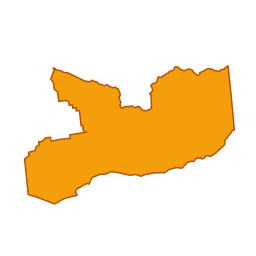 Curry, Oregon, United States of America, rotated 264°
{"feature_id": "52423323B63196257632244", "entity_name": "Curry", "entity_type": "district", "adm_level": 2, "iso_a3": "USA", "parent_name": "United States of America", "parent_adm1": "Oregon", "projection": "orthographic", "projection_center": [-123.977, 42.475], "detail": "fine", "context": "isolated", "style": "filled", "palette": "amber", "viewbox_px": 256, "rotation_deg": 264, "n_neighbors": 0, "source": "geoboundaries", "source_scale": "gbopen_adm2", "svg_char_len": 5614}
<svg xmlns="http://www.w3.org/2000/svg" viewBox="0 0 256 256"><g transform="rotate(264 128 128)"><path d="M72.2,21.9L71.9,22.5L68.8,30.0L60.2,46.9L61.5,50.9L62.8,52.8L64.7,58.2L65.9,66.2L66.2,69.9L66.4,70.3L66.9,70.4L68.7,69.6L68.8,69.0L69.9,68.9L72.8,70.9L76.9,80.4L77.0,81.5L76.4,83.1L76.5,83.5L82.0,86.7L82.6,87.5L84.5,94.3L84.8,96.3L84.5,100.8L86.3,105.9L86.1,107.7L84.7,113.6L81.0,124.2L80.8,127.0L80.9,131.0L78.7,135.6L78.8,136.8L79.9,140.0L80.4,145.5L80.5,149.5L80.2,155.2L79.9,158.9L79.6,159.6L82.6,165.0L83.5,171.5L82.9,175.4L82.4,176.8L82.5,177.6L86.9,182.8L87.9,184.6L88.2,186.8L88.1,189.6L88.3,190.3L88.6,190.9L89.5,191.4L90.6,193.0L90.7,197.1L90.2,197.9L89.6,198.0L89.7,199.3L90.5,201.2L91.4,201.6L92.1,203.2L92.1,204.3L91.2,206.9L91.3,207.6L93.8,212.5L98.1,218.0L100.5,221.6L102.5,222.9L105.3,223.0L114.5,231.8L115.0,233.5L129.0,233.8L133.1,233.8L133.3,233.8L135.3,233.8L135.5,233.8L149.5,234.0L177.0,234.0L179.0,234.1L179.3,233.6L179.1,233.2L178.3,232.7L178.0,231.8L178.1,231.4L177.9,230.9L177.5,230.6L176.5,229.9L176.2,228.8L176.5,228.4L176.1,226.4L175.0,224.7L175.0,222.5L175.9,221.5L175.9,220.2L176.4,219.5L176.9,219.0L177.3,218.2L177.8,217.6L178.0,216.9L178.5,214.6L178.7,213.3L177.7,211.4L177.3,209.5L176.4,208.6L176.0,206.8L175.7,205.4L175.0,205.5L173.5,204.2L173.2,202.8L174.5,200.9L175.4,200.4L176.2,199.2L177.1,198.9L177.9,198.7L178.4,198.3L178.8,198.0L179.2,197.0L180.1,196.1L180.1,195.2L180.2,194.1L179.8,192.1L179.2,191.2L179.1,190.1L180.3,187.2L181.6,185.2L183.0,184.7L183.7,183.5L183.6,182.8L183.5,181.9L183.8,181.2L183.7,180.8L183.4,180.6L182.8,180.4L182.1,180.1L181.0,179.7L180.7,178.7L180.6,177.7L180.2,176.8L179.9,174.9L179.2,174.6L178.6,174.0L178.3,173.3L178.1,171.7L177.5,171.0L177.1,170.3L176.6,169.7L176.2,169.2L176.3,168.1L175.5,167.4L174.9,167.1L174.7,166.4L175.0,165.6L175.6,163.9L175.0,162.8L173.3,162.5L171.8,161.9L170.7,161.2L170.5,160.7L170.1,160.1L170.0,159.4L169.6,158.8L169.6,157.7L169.4,156.7L169.0,156.7L168.7,156.3L168.4,155.9L167.7,155.2L167.2,155.2L166.5,155.6L166.2,155.9L165.6,155.9L165.3,156.1L164.1,156.3L163.5,156.5L163.1,156.5L162.8,156.5L162.3,156.0L161.6,155.2L161.0,154.9L160.4,154.4L160.3,153.5L160.0,153.2L159.6,153.3L159.2,153.6L158.9,153.9L158.1,154.2L157.3,154.2L156.3,154.2L155.3,154.1L154.7,154.1L153.8,154.0L153.1,153.8L152.3,153.9L151.7,153.8L150.6,153.9L149.8,153.8L149.3,153.8L148.2,153.8L147.4,153.7L146.8,153.5L146.4,153.2L145.8,153.4L145.6,153.6L145.1,153.4L144.9,153.0L144.7,152.6L144.4,152.2L144.2,151.8L144.0,151.5L143.8,151.0L144.0,150.1L143.9,149.5L143.7,149.0L143.4,148.4L143.3,148.1L143.0,147.8L143.0,147.4L143.2,147.2L143.6,146.7L143.6,146.4L143.7,146.1L143.8,145.7L143.9,145.4L143.9,144.7L143.9,144.3L144.3,144.1L144.7,144.0L145.2,143.8L145.4,143.4L145.5,143.1L145.8,143.0L146.2,142.9L146.5,142.5L146.9,142.3L147.1,142.0L147.6,141.9L147.8,141.3L148.2,140.7L148.4,140.4L148.2,140.0L148.0,139.9L147.8,139.7L147.9,139.1L148.1,138.5L147.5,137.8L147.6,136.9L148.0,135.9L148.8,135.3L149.4,134.9L149.3,134.3L149.1,133.9L149.2,133.3L149.4,133.1L149.6,132.6L149.3,132.2L148.8,131.5L149.1,130.9L149.4,130.7L149.6,129.9L149.3,129.0L149.5,127.5L149.4,126.1L149.0,125.4L148.5,125.0L148.2,124.9L148.0,124.5L148.2,123.7L148.5,123.4L149.1,123.3L149.6,123.3L149.7,123.1L149.8,122.8L150.1,122.5L150.7,122.6L150.8,122.6L151.1,122.5L151.4,122.2L151.6,122.2L151.8,122.3L151.9,122.5L151.9,122.9L152.4,123.1L153.2,123.2L153.6,123.3L153.9,123.4L154.3,123.6L155.0,123.2L155.6,123.2L156.0,122.9L156.4,122.9L156.8,122.9L157.2,122.8L157.8,122.5L158.4,122.4L158.8,122.3L159.5,122.4L159.9,122.4L160.2,122.6L160.4,123.0L160.6,123.4L161.0,123.4L161.3,123.5L161.7,123.8L162.2,123.7L162.9,123.7L163.2,123.5L163.7,123.5L164.1,123.3L164.7,123.2L165.2,122.8L165.8,122.9L166.4,122.8L166.9,122.7L167.3,122.6L167.7,122.4L167.9,122.0L168.2,121.8L168.4,121.5L168.4,121.2L168.6,120.7L169.2,120.5L169.3,120.2L169.4,119.9L169.6,119.8L169.9,119.7L170.0,119.4L169.9,119.2L169.9,118.9L169.8,118.5L169.6,118.2L169.5,117.8L169.6,117.2L169.7,116.9L170.0,116.6L170.1,116.0L170.4,115.5L170.6,115.2L171.1,114.6L171.5,114.1L171.6,113.9L171.6,113.5L172.0,113.1L172.3,113.0L172.5,112.6L172.7,112.2L173.1,111.9L173.4,111.4L173.2,110.8L172.8,110.3L172.7,110.0L172.5,109.5L172.5,109.0L172.5,108.7L172.9,108.0L173.3,107.6L173.6,107.1L173.8,106.7L174.2,106.1L174.2,105.6L174.3,105.2L174.3,104.9L174.2,104.7L174.3,104.1L174.6,103.7L174.9,103.5L175.2,103.3L175.6,103.2L176.0,102.6L176.4,102.3L176.7,102.1L177.1,101.8L177.4,101.4L177.4,100.8L177.6,100.2L177.7,99.5L177.7,99.2L178.1,98.9L178.5,98.7L178.8,98.4L178.9,98.0L179.2,97.6L179.2,97.3L178.9,96.5L178.5,95.7L178.1,95.2L177.8,94.9L179.3,89.8L181.8,85.8L186.4,78.2L186.6,78.0L186.5,77.7L187.0,77.3L187.3,77.1L187.3,76.8L187.3,76.6L187.4,76.4L187.7,76.3L187.9,75.9L188.1,75.3L188.3,75.0L188.6,74.7L188.9,74.4L189.0,74.0L189.2,73.8L189.3,73.4L189.6,72.9L189.6,72.5L189.5,72.3L189.4,72.0L189.5,71.6L189.6,71.3L189.7,71.1L189.8,70.8L189.9,70.5L190.1,70.0L190.3,69.5L190.4,69.1L190.8,68.9L191.1,68.4L191.3,68.1L191.7,67.6L192.0,67.1L192.4,66.5L192.3,65.7L192.6,65.1L192.8,64.5L192.9,63.8L193.1,63.2L193.4,62.8L193.6,62.4L193.9,62.0L194.4,61.9L194.9,61.5L195.2,61.2L195.2,60.5L195.4,60.1L195.7,59.8L195.8,59.7L193.2,60.6L184.9,56.3L180.4,58.7L174.2,58.7L171.1,61.8L161.8,61.9L161.8,69.6L160.0,71.9L156.8,71.9L156.8,75.1L153.6,75.1L153.6,78.3L150.4,78.3L150.4,81.5L135.2,81.6L135.2,83.2L130.4,83.1L128.2,85.7L127.3,69.5L123.8,69.5L123.8,58.4L123.0,52.3L123.7,49.9L126.9,49.9L126.8,45.0L123.5,40.8L123.6,37.7L120.5,38.0L119.0,34.8L115.1,33.2L114.2,26.6L111.0,26.6L108.0,21.9L72.2,21.9Z" fill="#f59e0b" stroke="#b45309" stroke-width="1.5"/></g></svg>